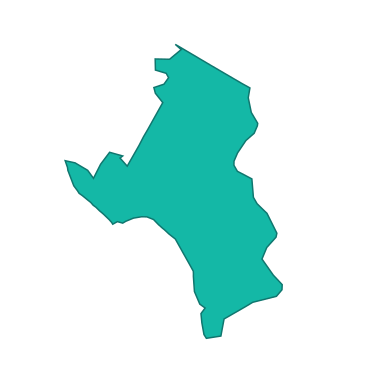 the district of St. Louis, Missouri, United States of America, rotated 119°
{"feature_id": "52423323B93973889783850", "entity_name": "St. Louis", "entity_type": "district", "adm_level": 2, "iso_a3": "USA", "parent_name": "United States of America", "parent_adm1": "Missouri", "projection": "orthographic", "projection_center": [-90.401, 38.639], "detail": "fine", "context": "isolated", "style": "filled", "palette": "teal", "viewbox_px": 384, "rotation_deg": 119, "n_neighbors": 0, "source": "geoboundaries", "source_scale": "gbopen_adm2", "svg_char_len": 1337}
<svg xmlns="http://www.w3.org/2000/svg" viewBox="0 0 384 384"><g transform="rotate(119 192 192)"><path d="M71.0,278.2L72.7,270.5L86.8,276.0L93.5,288.7L103.1,283.1L100.7,272.1L103.4,267.9L111.3,268.8L119.1,276.0L123.4,271.9L128.0,260.9L157.8,261.0L158.8,261.0L167.0,261.2L176.9,260.9L200.8,261.2L197.2,271.4L194.1,270.1L197.2,283.3L212.0,285.4L227.8,284.8L223.6,293.8L223.2,308.4L226.1,318.1L230.9,312.8L233.3,311.0L243.9,298.4L246.5,292.6L247.9,290.1L248.3,286.3L249.7,278.6L250.2,275.5L251.5,272.0L251.9,268.6L253.3,263.7L253.8,261.0L254.3,258.7L256.2,251.5L256.2,251.4L257.6,247.5L258.6,245.7L254.1,242.9L252.8,237.5L249.7,235.7L243.2,230.5L238.1,224.1L235.6,219.4L234.7,212.1L234.9,211.7L236.8,205.5L238.0,200.1L238.3,198.2L239.9,191.8L241.2,183.8L248.0,172.8L249.2,170.9L255.6,160.5L260.6,152.5L262.5,151.3L265.1,149.9L277.9,141.6L286.3,130.8L287.1,124.3L294.0,125.2L301.7,119.9L310.9,112.4L313.0,108.5L304.0,96.9L287.5,102.4L266.6,89.8L259.0,85.4L242.3,67.6L233.9,65.9L229.3,68.2L225.3,80.6L216.7,98.3L204.3,99.7L190.8,96.6L186.9,97.8L174.3,116.1L173.3,120.0L170.7,129.4L166.9,135.7L151.5,146.0L151.9,162.3L148.3,168.3L144.7,170.2L135.7,171.1L120.8,169.8L110.5,166.1L102.5,166.9L100.1,167.8L93.7,178.7L82.3,188.5L72.9,191.8L72.9,200.8L72.1,237.0L71.1,273.0L71.0,278.2Z" fill="#14b8a6" stroke="#0f766e" stroke-width="1.5"/></g></svg>